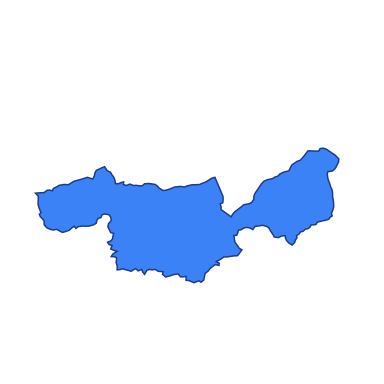 Itaperuçu, Paraná, Brazil, rotated 303°
{"feature_id": "56859067B7017772888773", "entity_name": "Itaperuçu", "entity_type": "district", "adm_level": 2, "iso_a3": "BRA", "parent_name": "Brazil", "parent_adm1": "Paraná", "projection": "mercator", "projection_center": [-49.491, -25.111], "detail": "fine", "context": "isolated", "style": "filled", "palette": "blue", "viewbox_px": 384, "rotation_deg": 303, "n_neighbors": 0, "source": "geoboundaries", "source_scale": "gbopen_adm2", "svg_char_len": 3298}
<svg xmlns="http://www.w3.org/2000/svg" viewBox="0 0 384 384"><g transform="rotate(303 192 192)"><path d="M299.8,297.0L300.9,291.7L300.9,287.6L301.0,284.5L301.1,281.3L300.2,278.2L298.2,275.8L295.2,275.9L293.2,272.7L291.5,269.8L289.6,266.8L282.6,266.3L277.8,265.6L274.9,263.4L271.9,262.2L269.1,261.0L262.4,261.7L260.1,259.4L257.5,257.3L254.8,255.8L252.3,255.5L250.0,253.6L246.9,252.1L243.6,248.7L240.2,246.4L236.4,245.8L225.2,245.6L222.5,246.1L219.3,247.8L215.7,247.7L213.1,246.2L209.6,242.4L205.7,241.2L198.6,238.6L195.5,238.2L192.5,238.4L193.1,225.9L195.5,224.4L197.4,222.1L199.7,223.7L202.4,222.4L205.3,220.3L216.8,203.2L214.1,200.9L211.6,199.8L209.3,198.8L207.1,197.6L204.6,195.6L202.5,194.4L200.2,191.2L197.9,187.9L194.7,184.8L191.9,182.8L190.7,179.7L186.8,174.8L182.6,171.9L179.2,169.1L177.5,166.9L177.4,162.4L178.2,159.3L178.2,156.7L175.4,150.8L173.0,147.7L170.1,146.9L168.6,144.7L167.3,141.7L165.6,139.4L164.8,135.6L161.8,133.5L160.9,130.4L163.3,129.2L161.0,127.1L158.8,125.8L157.3,123.2L160.3,120.5L161.9,118.1L162.9,115.3L164.2,112.8L163.7,109.3L165.6,104.9L162.9,103.0L160.9,101.8L158.1,100.0L155.1,100.2L152.2,101.4L148.8,101.7L147.4,96.4L141.9,91.8L136.6,87.1L130.8,84.4L128.8,80.8L125.2,76.9L122.4,75.6L119.5,73.8L117.0,74.3L116.1,71.6L114.6,69.6L110.8,68.2L108.6,65.0L105.8,61.4L104.8,65.3L102.3,67.0L98.0,69.4L95.2,72.6L92.5,76.5L90.2,76.1L88.6,78.4L88.1,81.4L87.1,83.7L84.0,85.9L82.9,89.7L83.5,93.4L84.6,96.4L87.0,98.8L87.3,102.9L87.6,105.4L90.2,107.7L92.9,109.8L95.9,110.6L99.2,111.8L98.2,114.5L101.0,115.4L103.9,118.9L105.8,122.1L107.2,124.1L111.2,127.6L113.8,128.7L116.1,127.7L118.7,127.7L121.1,129.6L123.9,128.9L126.0,130.8L127.7,134.7L126.7,137.4L124.2,139.8L119.9,139.2L117.0,140.4L115.1,143.6L113.7,145.9L114.6,148.9L112.2,149.6L109.2,150.9L106.9,150.6L103.9,148.5L102.7,151.0L103.6,154.1L99.9,154.9L100.7,158.9L101.4,161.5L96.8,159.4L93.8,159.4L95.5,162.2L95.6,164.8L91.5,166.8L89.2,169.6L85.9,171.6L87.7,173.9L89.6,175.5L90.9,179.2L92.4,184.2L94.6,185.1L97.1,186.5L96.5,189.8L99.6,192.0L98.0,194.3L97.1,197.1L101.7,196.8L103.9,198.4L104.9,200.8L107.0,203.2L107.1,206.9L109.4,211.2L106.9,212.1L106.4,216.2L109.3,218.9L112.9,221.7L115.7,225.0L114.6,228.6L116.1,230.9L118.0,233.0L114.6,235.1L116.0,237.4L117.0,243.0L121.3,246.2L121.2,248.7L124.6,249.8L128.2,248.4L130.8,247.3L134.7,248.7L137.5,248.7L141.0,250.0L143.8,251.0L145.1,254.6L147.1,253.5L146.9,250.2L151.1,252.6L155.0,254.2L156.3,256.3L158.8,259.2L161.3,262.0L163.2,264.7L165.8,265.1L170.7,265.4L170.5,262.4L171.9,259.0L173.4,255.2L176.6,252.3L178.4,250.9L180.0,253.0L182.4,252.7L185.2,251.8L187.0,253.7L189.8,254.9L191.9,256.9L193.3,259.8L193.6,263.4L197.5,263.6L200.0,266.6L202.4,269.2L203.9,273.4L203.7,276.1L202.0,279.3L200.5,282.8L199.1,285.6L200.8,289.3L204.0,291.2L206.1,294.0L204.3,295.5L202.8,297.7L201.9,301.4L202.1,304.9L205.6,305.6L208.1,304.9L210.7,305.0L212.4,303.4L215.3,304.7L217.6,304.7L219.4,306.5L222.7,307.4L224.4,309.2L226.9,310.1L229.1,309.8L232.1,313.6L235.0,313.6L238.8,317.0L241.4,319.7L243.6,321.5L246.1,321.6L248.3,322.6L249.8,320.7L253.3,320.0L256.8,318.9L259.2,317.2L262.0,315.1L264.6,312.5L268.3,310.0L270.4,307.9L271.6,305.8L274.0,302.9L277.1,298.8L280.8,295.6L283.0,294.9L286.3,298.5L290.2,299.3L296.9,298.6L299.8,297.0Z" fill="#3b82f6" stroke="#1e3a8a" stroke-width="1.5"/></g></svg>